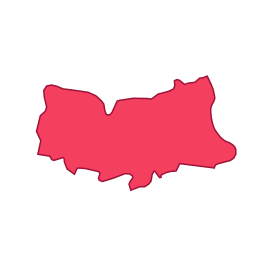 outline of Villa Constitución, Salto, Uruguay, rotated 158°
{"feature_id": "84410073B3070112347268", "entity_name": "Villa Constitución", "entity_type": "district", "adm_level": 2, "iso_a3": "URY", "parent_name": "Uruguay", "parent_adm1": "Salto", "projection": "albers", "projection_center": [-57.701, -31.128], "detail": "fine", "context": "isolated", "style": "filled", "palette": "rose", "viewbox_px": 256, "rotation_deg": 158, "n_neighbors": 0, "source": "geoboundaries", "source_scale": "gbopen_adm2", "svg_char_len": 1843}
<svg xmlns="http://www.w3.org/2000/svg" viewBox="0 0 256 256"><g transform="rotate(158 128 128)"><path d="M62.9,58.6L62.1,59.9L60.9,60.6L60.0,61.1L57.3,61.1L55.2,60.8L52.9,60.5L52.7,60.5L50.0,60.2L48.0,59.9L46.3,59.7L45.4,59.5L44.0,59.9L42.7,60.1L41.4,60.4L40.2,61.4L38.8,62.5L37.8,63.3L36.7,66.4L36.1,67.6L36.1,70.3L36.7,71.7L37.3,73.3L39.5,76.4L40.3,77.1L41.7,78.2L42.3,79.1L43.5,80.5L44.3,81.9L44.5,82.3L45.1,83.4L45.3,83.8L45.7,84.8L45.9,85.3L46.3,86.6L46.9,88.8L47.7,92.1L48.0,93.4L48.1,94.2L48.2,96.0L48.1,98.2L48.1,99.0L48.0,99.7L47.8,101.6L47.4,103.8L47.3,104.3L46.8,106.8L46.2,108.9L45.5,111.4L45.0,112.6L44.5,113.8L44.1,114.8L43.0,116.5L41.6,118.0L40.4,119.0L38.8,120.3L37.4,121.7L36.3,123.3L36.1,124.1L35.9,124.9L35.5,126.9L35.1,129.1L34.8,130.7L34.6,132.6L34.6,134.0L34.6,135.7L34.6,137.5L34.7,139.3L34.8,141.2L34.9,143.1L35.0,144.6L35.2,146.5L39.7,146.4L42.9,147.4L48.8,145.3L55.7,147.1L59.3,147.2L62.3,152.9L64.4,154.5L67.2,154.5L68.8,149.6L71.4,147.1L76.7,146.8L83.9,147.7L87.2,148.2L95.5,146.1L99.5,148.3L112.0,153.6L126.0,156.9L128.1,156.9L136.8,148.6L139.8,147.0L143.0,148.3L143.0,152.5L141.5,159.2L142.5,163.2L145.8,170.0L151.6,176.0L165.1,183.9L173.6,188.6L178.1,193.1L182.8,196.5L187.7,197.4L192.0,194.5L194.0,188.1L195.5,178.0L198.4,174.5L204.6,172.3L214.1,159.2L213.6,148.9L221.4,137.4L211.1,131.2L210.5,127.2L208.7,125.7L199.2,124.9L198.7,123.4L199.7,120.3L199.8,112.8L195.0,105.2L190.1,109.8L188.0,109.0L182.7,106.4L171.6,98.6L170.9,96.4L174.2,92.6L174.2,90.3L171.8,88.0L160.8,87.0L148.1,86.8L144.1,85.1L142.0,82.3L142.0,80.1L145.9,77.7L148.1,75.6L148.7,69.2L139.5,69.2L134.4,67.3L129.6,68.3L126.8,69.9L124.6,73.2L123.4,75.4L120.3,78.2L119.2,77.5L117.6,71.2L117.1,70.0L115.8,69.9L115.4,71.2L114.6,72.0L109.3,72.4L104.5,71.7L99.5,70.1L93.4,75.6L62.9,58.6Z" fill="#f43f5e" stroke="#9f1239" stroke-width="1.5"/></g></svg>